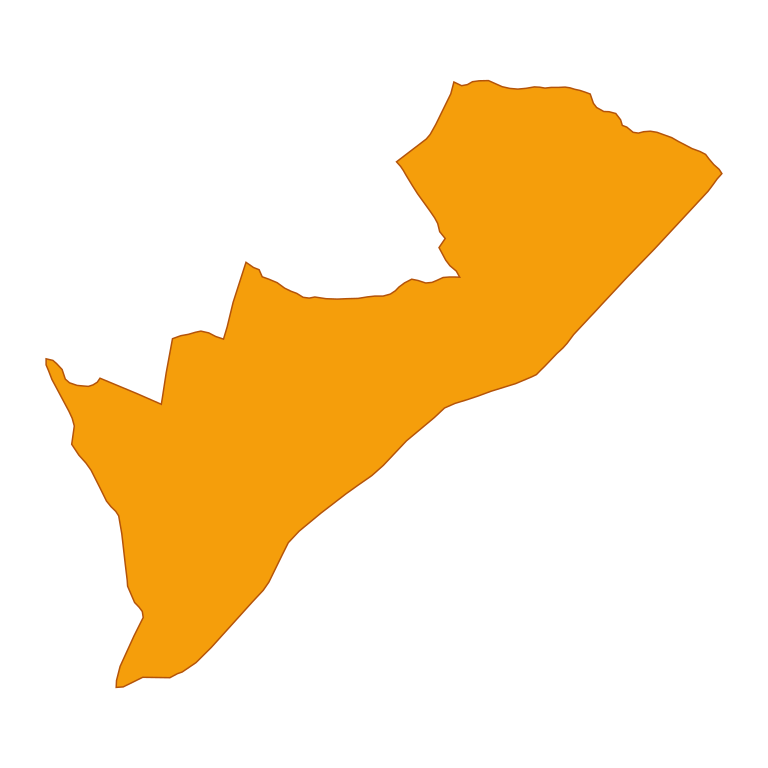 Roysambu, Nairobi, Kenya
{"feature_id": "3690345B88472168203612", "entity_name": "Roysambu", "entity_type": "district", "adm_level": 2, "iso_a3": "KEN", "parent_name": "Kenya", "parent_adm1": "Nairobi", "projection": "orthographic", "projection_center": [36.883, -1.208], "detail": "fine", "context": "isolated", "style": "filled", "palette": "amber", "viewbox_px": 768, "rotation_deg": 0, "n_neighbors": 0, "source": "geoboundaries", "source_scale": "gbopen_adm2", "svg_char_len": 2403}
<svg xmlns="http://www.w3.org/2000/svg" viewBox="0 0 768 768"><path d="M453.9,82.0L450.8,93.8L435.8,124.4L430.2,134.4L426.3,139.0L396.5,161.8L400.6,166.4L403.5,170.7L406.1,175.3L409.4,180.7L412.5,185.8L417.6,193.8L429.7,210.6L434.7,217.9L437.7,223.5L439.7,231.7L445.2,238.5L439.0,247.6L445.7,260.1L449.9,265.7L456.3,271.1L459.7,277.2L454.5,277.0L449.6,277.0L443.1,277.5L436.6,280.5L432.0,282.4L425.7,283.0L418.1,280.5L411.7,279.2L404.5,282.9L399.0,287.0L395.3,290.8L390.3,294.1L383.0,296.1L374.7,296.1L367.4,296.9L358.1,298.4L346.7,298.7L337.4,299.1L326.0,298.7L314.8,297.0L309.2,298.1L303.1,297.3L296.8,293.4L290.9,291.2L284.7,288.2L277.2,282.7L268.9,279.2L262.2,276.8L259.1,269.7L253.5,267.5L246.0,262.3L233.1,302.4L227.2,326.8L223.5,339.1L215.7,336.5L208.8,332.9L200.9,331.1L195.3,332.3L188.5,334.3L180.8,335.7L172.5,338.7L166.2,372.8L162.4,397.6L161.3,404.3L137.4,393.8L100.0,378.2L97.3,382.2L93.0,384.9L88.4,386.4L83.5,386.0L77.1,385.4L69.5,382.8L65.3,379.1L62.1,369.5L56.6,363.6L52.9,360.4L46.1,358.8L46.1,364.9L48.6,370.8L51.9,379.4L69.0,411.4L72.2,418.3L74.3,426.0L71.7,444.3L78.9,455.2L86.0,463.1L91.0,470.1L99.6,487.1L106.5,501.1L111.0,506.7L115.8,511.4L118.7,515.9L121.8,533.8L125.3,564.5L127.2,580.2L127.6,586.2L134.6,602.5L139.1,607.2L142.3,611.5L143.2,617.5L134.1,635.7L120.1,666.4L116.5,680.5L116.2,687.4L123.2,686.9L142.7,677.3L169.9,677.7L177.4,673.7L182.2,672.0L196.0,662.6L211.4,647.3L252.2,602.1L263.3,590.2L268.9,582.1L282.5,554.3L288.3,542.7L299.1,531.2L303.9,527.2L320.7,513.3L346.0,493.8L358.6,484.8L371.8,475.6L383.3,465.4L406.5,440.8L434.4,417.5L444.5,408.0L455.0,403.4L466.8,399.8L477.9,396.1L490.9,391.3L515.7,383.6L531.6,376.9L536.4,374.6L540.5,370.4L544.7,366.3L556.9,353.5L563.0,347.9L567.2,343.2L573.6,334.6L590.4,316.6L594.5,312.3L601.3,304.9L626.5,277.9L655.2,248.2L660.5,242.5L708.1,191.2L713.3,184.3L717.1,179.0L721.9,173.6L719.2,169.4L713.7,164.5L708.8,158.7L705.6,154.4L700.0,151.5L692.1,148.6L678.5,141.5L671.9,137.7L657.0,132.3L650.4,131.2L643.7,131.7L638.4,133.1L633.1,132.3L626.8,127.1L622.3,125.4L620.6,119.8L615.8,113.5L609.0,111.7L603.8,111.5L596.6,107.5L593.4,103.3L590.2,94.0L585.0,92.1L579.9,90.4L574.8,89.3L569.9,87.8L565.1,87.1L558.8,87.4L551.3,87.4L545.0,88.1L539.8,87.2L534.3,86.9L526.2,88.3L517.8,89.1L509.8,88.4L502.2,86.7L488.5,80.6L479.2,80.8L472.5,81.7L467.4,84.6L461.6,85.7L453.9,82.0Z" fill="#f59e0b" stroke="#b45309" stroke-width="1.5"/></svg>